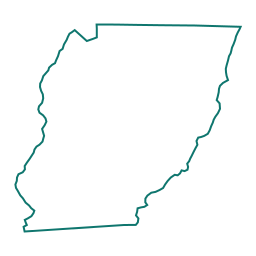 Candeal, Bahia, Brazil (Albers equal-area conic projection)
{"feature_id": "56859067B49884846249596", "entity_name": "Candeal", "entity_type": "district", "adm_level": 2, "iso_a3": "BRA", "parent_name": "Brazil", "parent_adm1": "Bahia", "projection": "albers", "projection_center": [-39.193, -11.879], "detail": "fine", "context": "isolated", "style": "outline", "palette": "teal", "viewbox_px": 256, "rotation_deg": 0, "n_neighbors": 0, "source": "geoboundaries", "source_scale": "gbopen_adm2", "svg_char_len": 1753}
<svg xmlns="http://www.w3.org/2000/svg" viewBox="0 0 256 256"><path d="M240.6,26.8L194.8,25.5L160.7,25.2L136.9,24.9L117.8,24.6L105.1,24.5L99.8,24.5L96.6,24.5L96.8,28.6L96.8,37.4L92.9,38.9L86.8,41.0L74.7,30.1L71.9,32.2L69.5,33.7L67.9,36.8L66.7,39.8L64.0,44.4L62.6,48.9L59.6,51.0L58.0,56.2L56.1,60.3L55.0,63.2L52.1,64.8L49.1,67.6L48.3,70.4L46.1,72.9L43.3,76.1L41.9,80.4L40.2,83.5L40.0,87.0L41.1,90.8L42.8,94.3L43.2,98.3L42.1,102.8L39.0,106.3L38.3,109.4L39.5,112.7L43.1,115.3L45.5,118.4L46.4,121.6L44.6,125.3L42.1,128.9L43.2,132.7L44.1,135.8L43.3,138.5L42.5,141.6L39.5,144.7L36.5,146.6L34.5,149.5L33.7,152.6L32.0,155.2L29.6,158.9L27.0,162.5L24.7,166.0L24.9,169.4L22.7,172.3L18.5,174.2L17.0,177.5L16.8,180.9L15.4,184.5L16.0,187.9L17.7,190.7L20.3,195.4L22.9,198.3L25.6,202.6L29.1,205.5L31.2,208.2L34.3,210.6L33.5,213.1L31.4,216.2L27.6,218.5L24.8,219.9L25.7,222.5L26.8,225.0L23.6,226.8L24.6,231.5L124.0,225.0L135.8,224.9L137.8,222.4L138.4,218.4L136.0,215.4L137.1,211.9L137.6,208.3L141.0,207.4L144.4,206.8L147.2,205.0L145.3,202.3L145.4,198.6L147.4,195.6L151.3,192.7L155.5,191.9L159.6,190.0L163.1,188.0L165.1,184.5L167.7,180.9L170.8,177.5L174.7,174.8L177.7,175.3L180.0,173.4L181.6,170.4L184.6,171.1L187.5,169.7L188.1,166.9L187.2,163.7L189.2,161.1L190.2,158.6L191.5,156.2L193.5,152.1L195.6,148.0L197.4,144.8L196.5,141.0L198.2,137.6L201.1,137.0L204.2,135.9L207.8,133.8L209.7,130.3L211.2,126.1L212.8,122.6L213.7,119.7L215.3,116.8L217.9,113.2L220.0,108.8L219.6,103.4L216.7,100.1L217.6,97.1L218.7,92.3L219.0,88.8L220.0,85.8L223.0,82.9L228.0,80.1L226.6,75.9L226.0,72.3L225.8,68.8L226.6,65.4L228.0,60.5L229.0,56.2L230.6,53.4L231.3,50.8L232.0,47.6L233.6,44.1L235.2,39.8L236.0,36.4L237.8,32.4L239.5,29.3L240.6,26.8Z" fill="none" stroke="#0f766e" stroke-width="2"/></svg>